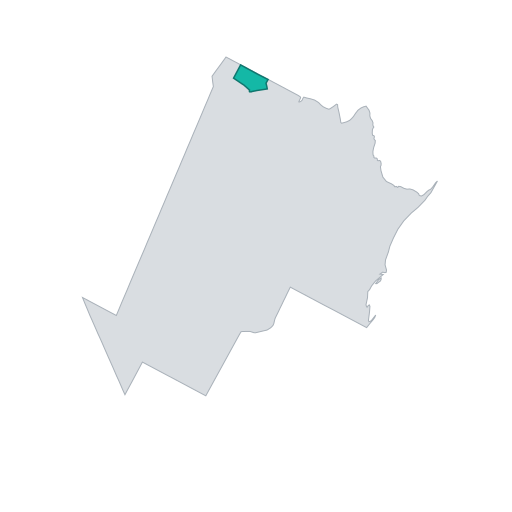 Amourj, Hodh ech Chargui, Mauritania shown in context, rotated 208°
{"feature_id": "47542326B9245180339851", "entity_name": "Amourj", "entity_type": "district", "adm_level": 2, "iso_a3": "MRT", "parent_name": "Mauritania", "parent_adm1": "Hodh ech Chargui", "projection": "equal_earth", "projection_center": [-7.235, 15.827], "detail": "fine", "context": "in_parent", "style": "filled", "palette": "teal", "viewbox_px": 512, "rotation_deg": 208, "n_neighbors": 0, "source": "geoboundaries", "source_scale": "gbopen_adm2", "svg_char_len": 3681}
<svg xmlns="http://www.w3.org/2000/svg" viewBox="0 0 512 512"><g transform="rotate(208 256 256)"><path d="M225.3,438.1L224.8,437.9L222.5,435.7L221.3,433.2L219.5,431.3L216.9,430.0L215.2,428.5L214.5,426.8L213.5,425.7L212.5,425.2L212.5,424.6L212.7,423.8L212.5,422.2L211.0,418.9L209.6,417.3L208.4,417.6L207.7,417.2L207.3,416.4L207.1,415.3L206.3,414.4L204.9,414.0L203.8,411.5L203.0,406.9L201.9,403.3L200.5,400.8L199.6,399.8L198.8,399.6L198.6,399.2L198.4,398.5L197.3,398.2L195.8,399.0L194.5,398.7L193.8,397.5L192.9,397.4L191.7,398.4L190.4,398.1L189.0,396.5L188.2,394.9L188.1,393.3L185.7,390.0L181.0,385.2L175.8,383.0L170.2,383.3L167.1,383.0L166.4,382.3L165.7,382.3L165.0,383.2L164.3,383.4L163.5,382.9L163.0,383.3L162.8,384.5L160.8,385.2L157.0,385.2L154.0,385.9L151.7,387.4L148.4,388.1L144.1,387.9L141.6,387.3L140.7,386.4L139.5,386.2L138.0,386.7L136.5,389.1L135.2,393.4L134.1,395.8L133.3,396.4L132.4,399.6L131.8,405.0L131.0,407.4L131.3,394.0L132.5,389.0L133.0,384.6L135.8,374.9L139.0,367.0L142.0,356.5L143.3,346.3L143.1,336.4L142.4,327.5L141.0,321.7L139.8,313.3L137.9,308.8L134.2,304.9L133.4,302.7L134.3,301.8L136.6,301.2L138.1,298.2L135.0,299.4L138.7,290.1L139.9,283.8L139.9,279.7L140.6,277.1L138.0,271.6L136.0,264.6L135.0,263.5L133.9,262.9L133.7,264.6L133.1,266.0L131.8,265.1L129.6,260.1L126.5,251.9L125.4,251.0L124.4,252.1L123.8,253.2L122.6,260.1L122.3,257.4L122.8,254.1L123.7,250.2L124.7,244.7L127.6,244.7L132.6,244.7L142.6,244.7L147.6,244.7L157.7,244.7L162.7,244.7L172.7,244.6L177.7,244.6L187.8,244.6L192.8,244.6L202.8,244.6L207.8,244.6L211.1,244.6L211.0,240.7L210.9,237.6L210.7,233.4L210.6,229.3L210.4,225.2L210.3,221.3L210.1,217.4L210.0,213.8L209.9,210.5L209.6,208.6L208.6,204.9L208.4,203.0L208.8,201.1L209.5,199.2L211.5,195.8L214.5,193.2L217.9,190.2L220.5,187.9L221.9,187.3L225.9,186.6L229.2,184.8L232.3,183.1L233.6,182.2L233.8,179.0L234.7,109.0L250.0,109.0L254.0,109.0L282.0,109.0L286.0,109.0L306.5,109.0L306.5,105.7L306.5,101.0L306.5,94.6L306.5,88.1L306.6,76.7L306.6,72.0L310.6,75.1L318.6,81.5L322.7,84.6L330.7,91.0L338.8,97.3L346.9,103.7L350.9,106.9L355.0,110.1L359.1,113.2L363.1,116.4L371.2,122.8L374.7,125.5L379.9,129.8L384.8,133.8L389.7,137.9L382.2,137.9L372.0,137.9L365.2,137.9L358.1,137.9L351.4,137.9L352.0,144.5L352.7,151.7L353.3,158.9L353.9,166.1L354.6,173.3L356.5,195.1L357.1,202.3L357.7,209.6L358.4,216.8L359.0,224.1L360.3,238.7L360.9,246.0L361.6,253.3L362.2,260.6L362.9,267.9L363.5,275.3L364.8,289.9L365.4,297.3L366.1,304.6L366.7,312.0L367.4,319.3L368.0,326.7L368.7,334.1L369.3,341.4L370.6,356.2L371.3,363.6L371.9,371.0L372.6,378.4L373.2,385.6L375.9,389.3L379.2,394.1L378.3,400.8L377.1,408.8L375.9,417.6L366.7,417.6L357.6,417.6L334.9,417.6L330.4,417.6L307.7,417.6L303.2,417.6L294.4,417.6L291.8,417.4L290.9,416.7L290.6,412.2L289.8,412.5L288.9,413.8L288.4,415.2L288.6,417.1L288.4,418.7L285.5,419.3L281.6,420.4L277.4,421.2L273.3,420.9L271.8,420.6L270.3,420.0L267.0,419.3L265.2,419.3L263.1,419.4L260.6,419.8L259.9,420.6L258.0,424.0L256.2,427.9L255.0,427.9L253.7,425.8L250.1,421.7L245.8,416.4L243.8,413.7L242.8,413.4L240.7,415.3L238.9,417.1L237.0,419.7L236.1,422.2L235.4,425.1L235.1,428.6L234.4,432.6L232.9,435.8L231.0,438.3L229.7,439.4L229.2,440.0L225.3,438.1ZM136.7,292.5L135.2,295.4L134.6,294.3L134.4,292.4L135.7,289.7L136.3,288.3L137.4,287.8L136.7,292.5Z" fill="#d9dde1" stroke="#a8b0b8" stroke-width="1"/><path d="M347.1,401.3L340.1,399.6L339.6,399.5L339.5,399.0L339.2,398.4L338.8,398.0L337.4,398.6L336.7,399.4L334.4,401.3L333.6,401.9L333.5,402.1L324.5,408.8L325.9,410.6L328.2,413.2L328.2,413.3L328.3,413.4L328.2,417.3L328.2,417.5L339.5,417.3L359.3,417.5L359.3,412.7L359.3,402.5L348.9,401.4L347.1,401.3Z" fill="#14b8a6" stroke="#0f766e" stroke-width="1.5"/></g></svg>